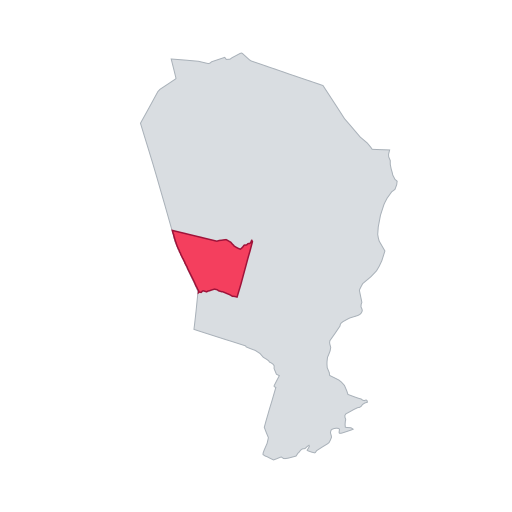 Arlit, Agadez, Niger shown in context, rotated 287°
{"feature_id": "23599985B35740417673211", "entity_name": "Arlit", "entity_type": "district", "adm_level": 2, "iso_a3": "NER", "parent_name": "Niger", "parent_adm1": "Agadez", "projection": "albers", "projection_center": [7.12, 19.518], "detail": "fine", "context": "in_parent", "style": "filled", "palette": "rose", "viewbox_px": 512, "rotation_deg": 287, "n_neighbors": 0, "source": "geoboundaries", "source_scale": "gbopen_adm2", "svg_char_len": 4499}
<svg xmlns="http://www.w3.org/2000/svg" viewBox="0 0 512 512"><g transform="rotate(287 256 256)"><path d="M396.5,352.8L392.1,353.0L389.6,353.9L386.5,356.5L382.9,357.6L378.6,359.9L375.9,361.7L373.4,363.1L369.9,366.5L368.8,369.1L365.3,369.7L360.3,369.4L357.1,367.0L349.7,364.5L344.9,363.6L342.7,363.3L331.5,363.1L319.6,364.4L313.5,365.8L312.4,366.0L309.0,367.7L306.2,369.5L298.5,377.8L288.3,377.7L282.2,376.8L277.1,375.6L269.7,371.9L260.8,366.1L257.3,365.4L254.2,364.9L253.2,365.0L242.6,370.8L240.5,370.7L238.0,371.3L236.3,372.8L235.1,373.5L233.8,373.6L232.2,373.3L230.5,372.4L228.9,370.8L224.5,364.3L223.6,363.2L221.7,361.3L218.6,358.3L216.5,356.9L215.2,356.6L213.6,356.8L205.1,354.2L196.6,351.4L194.7,351.7L193.4,352.3L190.4,354.2L186.9,354.6L182.5,354.3L180.1,354.0L176.2,354.7L173.6,355.4L170.1,356.7L165.7,360.3L164.4,360.8L163.3,361.4L161.6,371.5L160.4,374.5L158.1,378.4L153.6,382.2L150.5,384.4L150.3,387.6L150.0,392.6L149.9,396.2L150.0,398.4L149.5,399.5L149.3,400.5L149.4,402.0L150.1,402.7L150.5,403.7L150.2,404.4L148.8,405.3L147.2,403.0L145.2,401.3L143.0,400.5L141.5,399.3L140.8,397.7L137.9,394.5L131.3,388.1L130.6,387.9L129.5,387.6L127.6,388.3L126.4,389.3L125.5,389.7L124.3,389.7L121.1,390.4L118.5,391.4L118.4,392.2L119.5,397.0L118.8,399.5L117.7,398.3L114.2,393.4L111.7,389.8L111.3,389.0L110.9,387.8L111.2,387.2L112.2,386.9L114.6,386.5L115.0,386.1L115.2,385.2L114.9,383.3L113.7,380.9L112.3,379.2L111.6,378.8L110.2,378.7L108.7,378.9L105.7,380.8L104.5,381.2L101.5,380.9L98.9,380.4L97.3,379.3L92.7,375.2L87.6,370.9L85.4,370.2L84.9,369.7L84.7,366.5L84.9,362.6L85.3,361.6L87.4,362.3L89.7,362.7L90.5,362.0L88.7,360.6L86.1,359.1L85.2,356.9L84.4,356.2L83.3,355.4L81.9,354.9L80.5,354.3L79.6,353.7L78.1,353.3L76.4,352.8L74.2,349.3L72.1,345.9L70.8,343.2L70.4,341.6L71.2,339.0L70.5,337.9L68.1,335.0L66.1,332.4L66.7,328.5L67.3,325.3L67.4,323.2L67.8,322.1L68.1,320.8L69.6,320.4L73.1,320.6L80.1,321.4L85.7,321.0L86.0,320.9L90.1,317.5L94.6,314.0L101.2,313.8L108.3,313.7L113.8,313.6L122.0,313.6L128.5,313.5L136.1,313.4L136.4,311.7L136.9,311.3L137.6,311.3L143.2,312.3L148.4,313.3L148.9,310.1L153.6,306.2L156.2,305.5L156.9,304.8L157.7,303.5L158.3,301.4L158.5,299.9L159.5,298.7L160.3,296.4L161.3,292.5L163.9,288.4L165.5,282.8L165.8,277.3L166.2,273.2L167.0,272.3L167.1,264.9L167.2,257.5L167.2,251.3L167.3,243.5L167.4,236.6L167.5,229.2L167.6,222.5L167.7,218.1L172.9,217.2L178.3,216.2L186.2,214.7L194.7,213.0L204.0,211.2L206.1,210.1L213.2,203.8L216.3,200.9L222.6,195.2L227.5,190.8L233.6,185.2L240.1,179.5L245.2,175.0L253.3,169.9L265.4,162.1L277.5,154.3L289.6,146.4L301.6,138.6L313.6,130.7L325.5,122.7L337.3,114.7L349.2,106.7L361.3,109.3L372.9,111.7L384.6,114.1L387.4,115.5L393.7,120.7L401.9,127.4L402.2,127.5L402.6,127.5L410.0,123.1L419.6,117.3L422.8,131.7L425.4,144.1L425.9,152.1L426.1,154.2L426.9,155.5L428.8,156.8L436.8,168.0L435.3,170.1L436.6,173.6L438.6,175.1L445.1,181.6L445.9,182.9L445.6,184.0L441.7,192.3L441.1,194.4L440.8,204.7L440.5,212.0L440.2,222.0L439.7,234.0L439.4,244.2L439.0,257.6L438.6,270.2L432.6,277.4L421.9,290.2L413.1,300.6L408.8,307.5L400.2,320.9L396.5,329.5L393.5,334.0L392.0,335.9L393.6,342.1L396.5,352.8Z" fill="#d9dde1" stroke="#a8b0b8" stroke-width="1"/><path d="M258.9,248.8L268.7,248.4L269.7,247.4L269.3,247.2L267.0,247.0L266.0,246.1L265.7,245.1L265.2,244.5L264.4,244.2L263.8,243.6L263.2,242.4L263.1,241.8L262.7,241.4L261.2,240.9L259.2,239.9L257.9,239.0L258.0,238.1L258.1,236.8L258.5,234.6L258.8,233.5L259.1,232.2L259.7,231.5L260.4,230.0L261.3,228.6L261.8,227.8L262.3,225.5L262.7,223.9L262.9,222.6L261.8,220.1L261.1,218.7L260.1,216.3L258.7,214.2L256.0,168.5L253.4,170.1L252.1,171.2L251.4,171.4L249.8,172.6L249.5,172.5L248.8,173.1L247.4,174.2L247.0,174.2L245.2,175.8L244.8,175.9L243.0,177.3L242.6,177.5L240.8,179.1L240.4,179.3L239.8,179.8L239.6,180.2L238.5,181.2L237.9,181.4L236.4,183.1L235.6,183.5L234.6,184.5L233.9,185.2L232.2,186.7L232.1,187.1L231.3,187.7L230.6,188.3L229.1,189.9L228.7,189.9L226.6,192.0L225.4,193.3L224.1,194.2L222.1,196.1L218.0,200.0L216.2,201.7L214.4,203.4L212.9,204.8L211.8,205.7L210.7,206.7L210.1,207.0L209.7,207.6L208.1,209.2L207.6,209.5L205.8,211.4L204.1,211.7L205.0,212.3L205.0,213.4L205.2,214.3L206.6,214.9L207.3,215.7L207.3,219.3L208.4,220.3L209.3,221.9L210.4,223.3L212.2,226.0L212.4,228.9L211.8,230.3L211.8,233.8L212.1,234.4L212.0,235.5L211.6,239.1L211.4,241.6L211.1,243.3L210.7,244.6L210.6,245.3L210.9,246.4L211.1,247.8L211.2,249.9L224.9,249.8L233.7,249.5L246.1,249.1L251.9,248.9L258.9,248.8Z" fill="#f43f5e" stroke="#9f1239" stroke-width="1.5"/></g></svg>